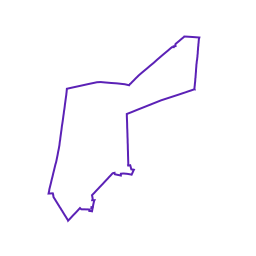 Nezahualcóyotl, México, Mexico, rotated 72°
{"feature_id": "50627088B38047784170675", "entity_name": "Nezahualcóyotl", "entity_type": "district", "adm_level": 2, "iso_a3": "MEX", "parent_name": "Mexico", "parent_adm1": "México", "projection": "orthographic", "projection_center": [-99.019, 19.432], "detail": "fine", "context": "isolated", "style": "outline", "palette": "violet", "viewbox_px": 256, "rotation_deg": 72, "n_neighbors": 0, "source": "geoboundaries", "source_scale": "gbopen_adm2", "svg_char_len": 4316}
<svg xmlns="http://www.w3.org/2000/svg" viewBox="0 0 256 256"><g transform="rotate(72 128 128)"><path d="M81.7,102.4L81.8,102.5L83.2,105.4L84.4,107.6L85.7,110.2L86.5,111.6L86.8,112.6L87.7,113.7L85.3,117.7L85.0,118.4L82.1,124.8L79.7,130.8L79.3,131.7L77.4,136.2L75.8,139.9L75.0,143.0L74.9,143.2L74.5,147.1L74.2,149.7L73.8,153.6L73.1,160.8L72.3,168.7L71.8,174.0L75.3,175.5L76.1,175.9L77.5,176.5L78.9,177.2L82.2,178.8L84.5,179.9L85.9,180.6L87.9,181.5L90.4,182.7L92.3,183.7L94.3,184.6L96.3,185.6L98.0,186.4L101.3,188.0L103.9,189.3L105.4,190.1L109.1,191.8L110.9,192.7L113.0,193.7L116.3,195.3L118.3,196.2L120.0,197.1L123.3,198.6L124.4,199.2L126.1,200.1L127.7,201.0L128.7,201.6L130.4,202.5L131.9,203.3L134.0,204.5L137.2,206.3L138.2,206.9L138.4,207.0L140.1,208.2L142.2,209.5L145.3,211.4L148.0,213.1L151.0,214.9L153.5,216.5L156.5,218.3L158.9,219.8L162.1,221.8L162.8,222.1L163.0,222.2L163.6,222.5L164.7,223.2L165.3,223.5L165.8,223.8L166.4,221.6L166.5,221.1L166.7,220.4L166.9,219.7L167.4,219.7L168.4,219.8L168.5,219.9L169.1,219.9L169.6,220.0L170.2,220.1L170.6,220.2L171.3,220.0L172.4,219.8L172.6,219.7L172.8,219.6L173.3,219.5L173.8,219.4L174.0,219.3L174.3,219.3L174.8,219.2L175.3,219.0L175.5,219.0L176.1,218.8L176.8,218.7L177.5,218.5L177.7,218.4L179.2,218.1L179.6,218.0L180.2,217.8L180.5,217.7L181.0,217.6L181.3,217.6L181.7,217.5L182.4,217.3L183.7,216.9L183.8,216.9L184.0,216.9L184.5,216.7L185.2,216.6L185.3,216.6L185.6,216.5L185.9,216.4L186.2,216.3L186.9,216.1L187.0,216.1L187.3,216.1L187.5,216.0L188.0,215.9L188.3,215.8L188.8,215.7L189.2,215.6L189.7,215.5L190.0,215.4L190.8,215.2L191.1,215.1L191.5,215.1L192.0,214.9L192.8,214.7L193.5,214.5L194.4,214.3L194.5,214.3L195.7,214.0L196.0,213.9L196.8,213.7L197.0,213.7L197.4,213.6L197.6,213.6L197.2,212.9L197.1,212.6L196.4,211.3L195.0,208.8L194.7,208.3L194.2,207.4L193.5,206.1L192.9,204.9L192.4,204.0L192.1,203.4L189.3,198.4L189.9,198.1L190.3,197.9L190.9,197.5L193.0,191.4L193.3,190.7L193.5,190.2L193.7,189.7L194.9,190.4L195.2,189.9L195.2,189.6L196.1,188.0L193.6,186.6L193.0,187.6L192.2,187.3L192.0,187.2L192.2,186.9L192.5,185.9L191.4,185.4L189.6,184.4L188.6,183.8L187.6,183.2L186.9,182.8L186.3,182.2L185.6,184.3L185.0,183.9L184.4,183.5L183.9,183.4L183.6,183.3L183.2,183.3L181.9,183.1L181.5,183.1L181.0,183.0L180.8,183.0L180.1,181.7L179.8,181.2L179.5,180.5L177.9,177.7L176.3,174.7L175.2,172.8L175.1,172.5L174.1,170.7L173.5,169.5L172.4,167.6L171.9,166.7L170.9,164.9L170.3,163.8L169.8,162.8L169.4,162.2L168.7,161.0L168.3,160.2L168.0,159.6L167.9,159.4L167.7,159.1L167.5,158.7L167.3,158.4L166.8,157.5L166.6,157.2L166.4,156.7L166.3,156.2L166.3,155.7L166.4,155.4L166.4,155.2L166.5,154.9L166.5,154.7L167.4,154.9L167.9,154.8L168.1,154.5L169.1,152.8L169.4,152.3L169.6,151.9L170.0,151.2L170.2,150.9L170.4,150.4L170.7,150.1L171.0,149.5L169.3,148.9L169.6,147.5L169.9,146.3L170.2,145.6L170.5,144.9L170.8,144.2L171.0,143.7L171.6,142.4L172.0,141.7L172.3,141.1L173.0,139.8L173.1,139.6L173.5,139.0L172.0,137.6L169.9,135.7L169.5,135.3L169.3,135.6L169.1,136.1L169.0,136.4L168.6,137.2L168.4,137.6L166.2,137.5L164.7,137.4L164.1,137.4L164.0,138.1L163.8,139.4L163.3,139.4L163.2,139.1L160.5,138.3L157.7,137.5L156.4,137.1L153.6,136.3L150.7,135.4L147.8,134.6L145.2,133.8L143.9,133.4L141.3,132.7L138.8,131.9L136.2,131.2L133.6,130.4L131.1,129.7L129.8,129.3L127.2,128.6L125.9,128.2L123.3,127.4L120.8,126.7L116.9,125.6L114.3,124.8L114.0,119.5L113.6,114.2L113.1,106.3L112.5,97.1L111.9,87.8L111.9,78.5L111.9,69.3L111.7,52.9L111.8,52.7L110.8,52.6L110.3,52.3L109.5,52.0L107.8,51.2L107.0,50.9L104.4,49.7L101.6,48.6L100.7,48.1L99.8,47.8L98.4,47.2L97.1,46.7L96.2,46.3L96.0,46.2L95.4,46.0L95.1,45.8L94.4,45.6L92.2,44.7L90.8,44.1L89.0,43.4L88.3,43.1L87.8,42.8L86.6,42.3L85.9,42.0L85.3,41.7L84.0,41.0L83.0,40.6L81.8,40.0L81.3,39.8L80.7,39.6L80.0,39.3L79.0,38.8L78.0,38.4L76.8,38.0L76.0,37.6L75.6,37.5L75.1,37.2L74.5,37.0L73.7,36.7L72.5,36.2L71.3,35.6L70.6,35.4L68.9,34.6L68.2,34.3L67.9,34.2L67.4,34.0L67.0,33.8L66.5,33.6L65.9,33.4L64.0,32.2L62.3,36.3L61.2,39.0L59.8,42.5L59.1,44.3L58.4,46.2L58.6,46.4L60.1,50.3L60.9,52.1L62.7,56.7L62.9,56.9L63.1,57.1L64.8,57.5L64.4,59.4L65.2,59.6L64.7,61.3L65.9,64.2L66.8,66.3L67.3,67.6L68.1,69.6L68.7,71.1L70.0,74.3L72.1,79.3L73.1,81.5L74.0,83.5L75.7,87.9L77.3,91.7L78.0,93.5L79.4,97.0L80.5,99.7L81.4,101.8L81.7,102.3L81.7,102.4Z" fill="none" stroke="#5b21b6" stroke-width="2"/></g></svg>